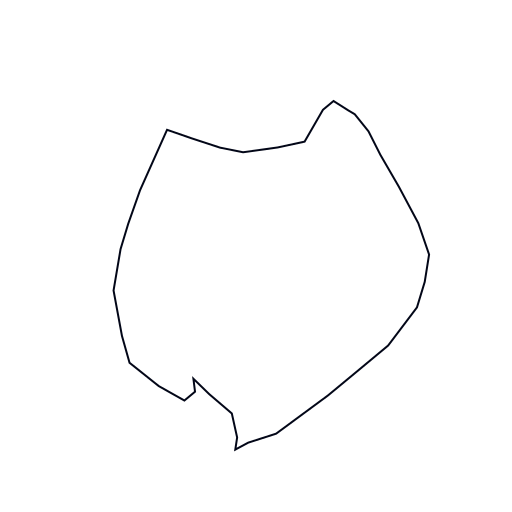 the district of Male', Malé, Maldives, rotated 322°
{"feature_id": "70690204B12193603739109", "entity_name": "Male'", "entity_type": "district", "adm_level": 2, "iso_a3": "MDV", "parent_name": "Maldives", "parent_adm1": "Malé", "projection": "equal_earth", "projection_center": [73.509, 4.176], "detail": "fine", "context": "isolated", "style": "outline", "palette": "ink", "viewbox_px": 512, "rotation_deg": 322, "n_neighbors": 0, "source": "geoboundaries", "source_scale": "gbopen_adm2", "svg_char_len": 608}
<svg xmlns="http://www.w3.org/2000/svg" viewBox="0 0 512 512"><g transform="rotate(322 256 256)"><path d="M226.9,410.2L262.4,409.2L305.0,407.9L351.2,395.6L373.0,380.3L393.3,361.4L404.1,330.1L411.2,289.5L416.3,252.8L421.4,227.0L421.1,205.1L418.3,197.9L412.5,181.6L398.8,182.0L364.7,195.8L339.9,183.8L309.7,166.3L294.4,148.5L277.5,123.3L263.6,101.8L205.1,132.8L175.2,151.9L153.5,167.2L122.5,195.5L101.2,236.4L90.6,262.3L99.3,298.7L110.6,325.8L124.4,325.4L131.1,314.2L134.1,336.1L140.0,365.2L129.4,387.4L120.5,395.8L135.0,398.3L162.5,408.4L226.9,410.2Z" fill="none" stroke="#020617" stroke-width="2"/></g></svg>